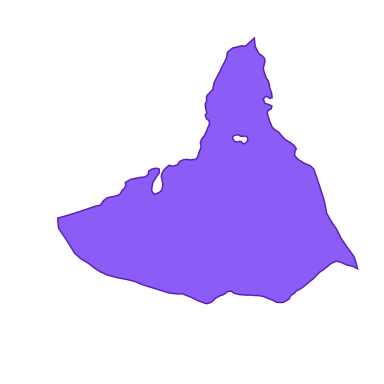 outline of Åre, Jämtland, Sweden, rotated 254°
{"feature_id": "70781695B29171482831525", "entity_name": "Åre", "entity_type": "district", "adm_level": 2, "iso_a3": "SWE", "parent_name": "Sweden", "parent_adm1": "Jämtland", "projection": "albers", "projection_center": [13.184, 63.496], "detail": "fine", "context": "isolated", "style": "filled", "palette": "violet", "viewbox_px": 384, "rotation_deg": 254, "n_neighbors": 0, "source": "geoboundaries", "source_scale": "gbopen_adm2", "svg_char_len": 2860}
<svg xmlns="http://www.w3.org/2000/svg" viewBox="0 0 384 384"><g transform="rotate(254 192 192)"><path d="M240.2,215.8L237.2,213.6L233.5,213.4L230.1,211.3L228.0,209.5L224.5,207.4L222.4,204.9L223.1,199.8L224.9,195.7L225.4,192.0L224.7,188.3L222.1,185.4L222.1,180.3L224.1,177.3L222.7,174.4L220.9,171.2L218.1,168.2L215.4,166.8L212.6,166.6L207.4,166.2L202.8,163.9L201.0,161.6L200.3,158.2L200.3,155.0L203.9,153.6L206.9,154.5L211.9,157.0L214.7,160.0L217.4,163.2L219.5,165.9L223.2,166.8L224.1,165.4L225.0,163.1L225.0,159.3L224.0,156.1L220.6,154.5L219.4,150.8L220.3,146.3L221.0,136.5L219.6,130.6L215.9,129.9L213.9,127.6L213.2,125.6L210.0,122.4L209.1,119.0L209.3,116.0L209.7,110.8L209.7,108.8L208.4,105.2L207.7,104.0L204.5,100.2L205.0,95.4L204.2,79.4L203.8,63.0L204.0,55.8L200.4,54.9L194.2,53.8L191.6,54.5L179.9,58.3L165.6,62.3L158.7,66.6L151.3,73.4L145.8,77.2L140.4,82.0L138.0,85.0L135.2,88.2L129.8,97.4L125.0,106.9L121.4,112.8L116.3,119.2L110.3,128.4L105.2,136.1L101.8,141.2L99.7,145.8L97.7,150.8L96.9,154.6L90.4,162.9L85.6,168.1L83.9,170.6L81.7,173.5L80.5,175.6L80.6,179.6L81.7,182.4L83.4,185.2L83.9,187.9L84.6,190.5L84.6,193.8L86.0,197.5L86.5,199.2L85.8,202.3L82.9,204.8L80.2,209.6L78.0,215.5L77.0,219.1L75.5,223.0L73.9,227.9L71.9,231.8L67.7,237.0L65.6,240.1L63.9,241.5L62.4,243.6L61.3,246.8L60.8,248.8L61.1,251.1L62.1,255.2L63.3,256.6L64.6,257.7L65.9,260.2L66.5,262.5L67.9,264.5L69.6,271.6L74.0,281.7L74.8,283.9L77.6,288.9L79.7,292.5L81.0,296.5L83.3,302.3L84.9,305.7L85.5,309.9L85.5,312.1L83.9,315.2L79.3,320.5L76.1,326.3L72.7,329.9L72.6,330.0L79.6,330.2L85.7,329.8L90.6,328.0L97.4,325.5L106.4,322.6L116.9,320.6L123.5,318.3L134.1,315.6L147.6,316.7L162.6,316.3L180.4,315.4L184.8,312.8L189.0,307.4L195.1,302.3L199.1,300.7L203.3,302.5L204.7,304.2L208.4,303.0L211.9,300.6L216.8,296.0L221.9,293.4L225.9,291.7L228.6,289.1L231.9,287.0L232.6,286.9L239.1,286.1L246.6,286.0L249.1,287.1L250.3,291.3L252.7,292.5L255.7,288.9L257.0,286.6L261.7,286.1L263.8,289.6L260.4,292.9L260.6,295.0L265.1,295.8L270.9,295.3L273.7,296.0L277.9,295.9L281.4,294.7L288.4,294.4L291.4,294.6L294.7,296.6L297.5,298.2L300.3,298.6L303.3,297.2L306.3,294.6L310.7,293.6L314.2,293.0L314.3,292.7L314.5,292.9L322.5,294.2L323.2,295.1L317.4,283.4L318.8,280.3L319.2,270.6L316.5,264.5L315.8,264.2L311.1,262.0L291.0,243.4L284.9,240.2L281.1,234.0L281.2,233.7L280.8,233.2L278.5,231.8L275.2,231.2L273.6,229.4L271.0,228.5L267.3,228.1L263.9,228.1L262.5,226.0L258.3,226.1L255.8,228.2L252.1,227.3L249.3,224.8L246.3,222.5L242.8,219.5L241.4,217.5L240.2,215.8ZM225.5,258.9L224.0,256.7L224.2,254.9L225.0,254.2L226.9,252.9L227.6,252.0L227.6,250.1L228.0,248.3L229.1,246.7L232.2,246.0L232.3,246.0L233.5,246.1L234.5,247.6L234.7,249.7L234.4,251.9L232.9,253.5L232.1,254.5L231.6,255.6L231.4,257.1L231.0,258.6L230.2,259.9L229.0,260.2L227.0,260.2L226.5,259.8L225.5,258.9Z" fill="#8b5cf6" stroke="#5b21b6" stroke-width="1.5"/></g></svg>